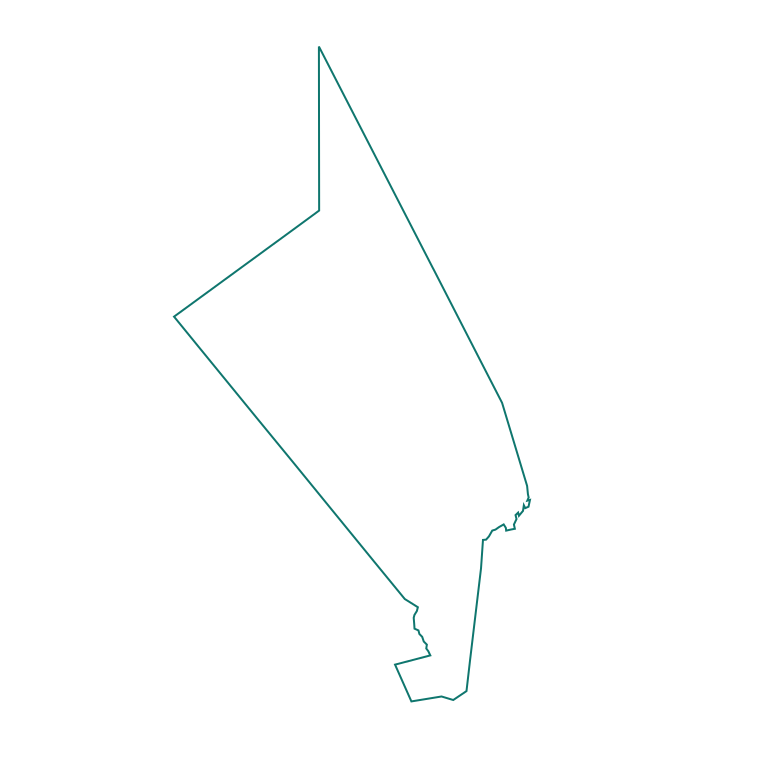 Santa Luz, Piauí, Brazil (Natural Earth projection), rotated 208°
{"feature_id": "56859067B18968818228242", "entity_name": "Santa Luz", "entity_type": "district", "adm_level": 2, "iso_a3": "BRA", "parent_name": "Brazil", "parent_adm1": "Piauí", "projection": "natural_earth1", "projection_center": [-44.236, -9.056], "detail": "fine", "context": "isolated", "style": "outline", "palette": "teal", "viewbox_px": 768, "rotation_deg": 208, "n_neighbors": 0, "source": "geoboundaries", "source_scale": "gbopen_adm2", "svg_char_len": 910}
<svg xmlns="http://www.w3.org/2000/svg" viewBox="0 0 768 768"><g transform="rotate(208 384 384)"><path d="M599.9,651.4L522.7,506.7L535.0,481.1L550.9,448.3L601.0,344.9L565.6,330.0L480.5,294.3L430.6,273.5L310.4,223.0L264.7,203.9L249.3,202.8L248.4,199.0L248.7,194.4L248.0,191.5L244.6,186.2L242.2,182.3L237.9,182.6L235.4,179.9L231.6,178.7L228.0,175.3L223.8,174.0L222.5,170.3L219.5,168.9L215.7,166.1L242.5,141.4L210.8,116.6L186.5,135.1L174.5,137.5L167.0,151.6L178.3,180.4L211.8,266.8L223.4,292.8L220.8,294.5L219.8,298.7L219.7,302.1L219.6,305.4L217.2,307.8L215.3,311.6L212.4,316.2L208.9,314.2L207.3,311.9L203.7,315.0L200.5,317.6L203.3,320.9L203.6,327.0L206.3,330.0L205.2,333.4L203.0,331.0L201.7,337.2L203.6,342.6L201.0,340.7L198.8,343.5L200.7,350.2L202.7,348.3L203.0,351.7L205.2,354.3L209.8,361.2L270.9,422.8L307.6,448.3L392.9,507.7L396.0,509.8L599.9,651.4Z" fill="none" stroke="#0f766e" stroke-width="2"/></g></svg>